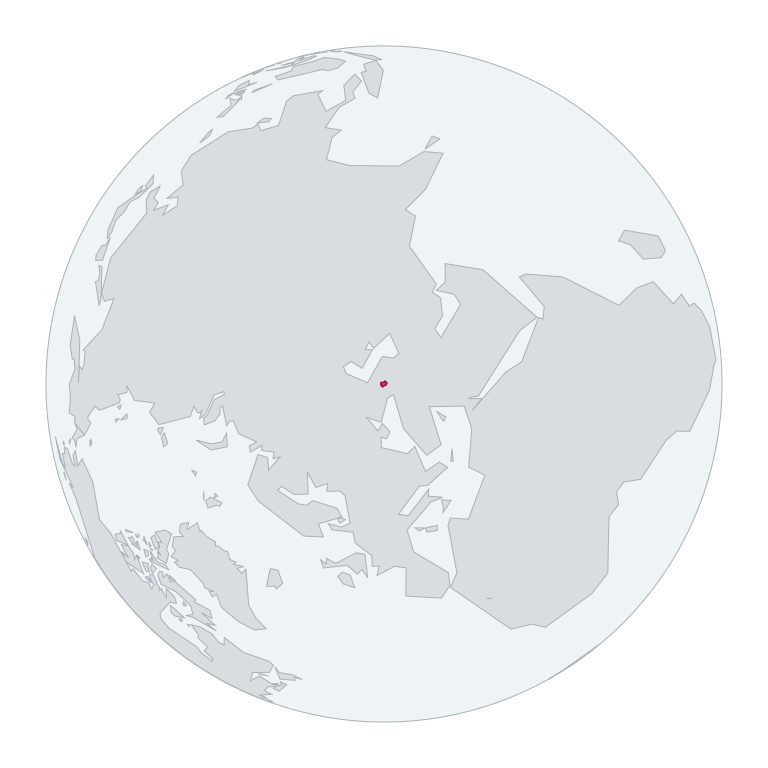 globe centered on Mtskheta-Mtianeti, rotated 244°
{"feature_id": "GEO-3034", "entity_name": "Mtskheta-Mtianeti", "entity_type": "Region", "adm_level": 1, "iso_a3": "GEO", "parent_name": "Georgia", "parent_adm1": "", "projection": "orthographic", "projection_center": [44.706, 42.223], "detail": "fine", "context": "on_globe", "style": "filled", "palette": "rose", "viewbox_px": 768, "rotation_deg": 244, "n_neighbors": 0, "source": "natural_earth", "source_scale": "10m", "svg_char_len": 11808}
<svg xmlns="http://www.w3.org/2000/svg" viewBox="0 0 768 768"><g transform="rotate(244 384 384)"><circle cx="384" cy="384" r="338" fill="#eef3f6" stroke="#a8b0b8"/><path d="M341.7,48.7L342.5,48.7L333.4,49.9L336.2,49.7L347.8,48.5L354.8,47.9L380.2,51.6L417.7,57.2L433.0,57.5L426.9,59.3L458.3,59.8L480.8,65.5L453.1,60.2L448.6,60.8L462.9,64.7L461.3,66.3L467.3,69.4L464.2,71.2L448.3,68.9L445.9,70.3L456.1,73.1L459.4,77.4L444.8,72.8L449.1,80.0L423.2,79.2L386.6,68.8L369.9,72.9L326.2,74.8L327.9,77.4L312.4,80.8L308.7,85.4L301.6,85.2L304.7,89.1L311.9,88.5L315.6,90.1L314.0,93.0L304.8,93.0L304.2,91.6L300.7,93.1L296.7,92.0L297.8,94.2L286.8,94.4L295.3,98.6L284.4,102.4L277.8,101.4L281.7,95.8L276.1,82.1L270.5,80.7L258.8,83.7L229.7,100.6L222.3,102.0L209.8,108.1L212.3,109.5L223.0,105.4L224.7,110.3L237.6,105.5L240.1,107.1L252.1,105.2L246.7,111.9L235.0,119.8L224.8,122.0L219.4,125.8L226.1,129.4L204.4,140.0L185.3,158.8L180.0,161.3L175.0,154.7L182.3,139.4L175.8,133.9L176.3,144.3L163.2,151.7L159.5,156.1L158.1,160.2L161.7,160.3L156.4,164.7L153.9,155.1L158.7,151.0L159.4,153.8L162.7,147.0L161.0,142.0L154.5,146.9L158.7,136.6L154.1,140.2L152.5,140.5L159.5,135.2L146.9,144.9L149.9,140.3L167.8,124.3L186.8,109.6L206.8,96.3L227.6,84.4L249.3,74.1L271.7,65.3L294.6,58.1L318.0,52.6L341.7,48.7ZM46.6,402.0L48.0,417.6L52.8,447.3L55.5,462.7L55.6,463.6L49.7,433.0L46.6,402.0ZM358.2,47.6L348.2,48.4L338.3,49.3L346.7,48.2L358.2,47.6ZM376.9,48.1L371.8,48.4L369.1,47.4L372.9,47.5L376.9,48.1ZM444.3,57.8L436.5,56.2L444.6,57.3L444.3,57.8ZM468.7,69.6L471.4,69.7L473.4,71.3L468.7,69.6ZM254.2,101.8L253.1,103.5L251.5,102.9L254.2,101.8ZM260.4,99.6L259.3,97.8L262.0,96.5L262.7,97.6L260.4,99.6ZM470.4,75.8L472.7,78.8L467.6,75.2L470.4,75.8ZM261.2,102.2L267.1,94.5L272.0,92.4L278.6,95.1L261.2,102.2ZM472.2,80.3L478.0,88.4L484.5,89.0L469.3,92.5L469.4,84.0L462.1,79.3L469.0,81.2L472.2,80.3ZM314.8,87.1L307.1,87.9L315.0,84.7L314.8,87.1ZM318.9,84.7L337.7,74.1L348.3,74.9L339.9,78.0L354.7,77.5L350.6,83.1L341.6,84.6L335.5,82.8L338.6,86.4L318.9,84.7ZM460.0,93.5L459.0,95.4L457.0,93.1L460.0,93.5ZM317.7,90.6L320.5,88.1L329.9,88.6L325.9,93.6L324.2,91.8L317.7,90.6ZM360.6,74.9L366.9,76.5L365.3,81.3L367.5,82.6L351.5,83.3L360.6,74.9ZM321.3,93.2L323.6,96.3L317.8,98.8L315.5,93.1L321.3,93.2ZM334.1,86.7L338.3,87.2L334.6,88.5L334.1,86.7ZM298.4,110.4L301.6,106.9L306.8,106.8L298.4,110.4ZM324.9,97.3L326.9,96.5L329.3,96.1L329.7,98.7L324.9,97.3ZM351.5,86.9L349.5,88.8L358.0,86.8L357.1,90.8L346.5,90.7L350.7,92.4L350.5,93.6L342.2,92.2L351.5,86.9ZM337.2,100.5L323.5,102.5L316.4,108.7L311.6,108.9L323.9,98.9L337.2,100.5ZM340.8,95.7L337.5,98.7L333.2,97.2L332.9,94.2L340.8,95.7ZM360.3,93.6L364.4,87.6L366.5,87.9L360.3,93.6ZM336.0,102.6L339.3,102.1L336.0,103.2L336.0,102.6ZM353.8,96.6L354.9,94.3L357.4,94.7L353.8,96.6ZM345.1,103.3L340.6,103.8L340.2,101.7L345.1,103.3ZM349.7,100.4L352.8,101.5L342.8,100.6L349.8,99.3L349.7,100.4ZM355.9,97.3L357.7,96.8L355.1,98.2L355.9,97.3ZM349.0,111.4L336.5,110.8L335.6,105.9L348.0,107.1L349.0,111.4ZM104.5,478.8L94.6,422.4L103.5,411.3L108.0,390.7L172.0,354.6L182.4,366.8L229.2,379.7L234.4,385.0L225.5,400.6L257.8,434.7L272.3,423.7L305.1,443.2L329.0,446.4L343.7,414.8L304.5,408.7L301.1,391.2L335.3,382.0L370.1,387.8L369.9,381.2L350.8,364.6L361.7,353.6L344.5,357.9L349.3,365.3L338.6,368.5L333.6,362.1L337.6,358.2L328.0,353.7L311.1,374.6L314.2,384.3L287.1,382.9L289.6,399.3L281.2,404.7L273.8,379.0L276.7,370.9L260.5,339.8L255.0,348.0L269.9,378.2L263.9,374.5L256.5,387.1L257.4,374.6L242.6,340.7L220.1,337.1L186.3,359.1L174.2,355.1L166.4,341.7L183.9,310.6L208.9,323.3L215.5,313.7L214.9,293.8L222.5,299.8L225.3,293.6L235.2,297.8L253.6,288.4L264.3,291.2L275.7,273.4L282.8,272.8L274.0,283.2L273.6,292.5L300.8,300.1L307.3,297.5L312.5,285.6L319.3,289.8L320.9,277.4L338.6,276.5L318.4,267.7L324.0,254.8L337.0,247.2L335.2,241.7L314.1,254.3L309.0,260.9L310.3,269.0L293.1,287.2L282.9,287.9L287.1,263.7L273.1,262.4L282.5,245.2L333.8,219.8L353.0,217.3L375.8,239.8L368.9,247.2L357.2,242.5L364.1,258.6L365.4,251.6L371.0,255.4L377.9,245.1L382.2,247.4L381.3,234.0L387.4,235.7L387.8,244.1L403.1,231.5L416.9,232.6L418.2,228.8L415.8,224.3L434.9,229.3L435.0,226.3L428.9,223.4L425.1,215.8L426.0,204.6L432.6,206.9L433.1,211.2L444.2,224.4L444.7,236.4L447.5,236.3L448.6,226.5L435.1,210.3L433.8,203.0L441.3,209.6L438.5,206.6L439.9,203.7L447.4,203.3L439.7,195.7L446.1,164.0L461.4,160.9L467.3,169.7L478.7,152.6L495.0,152.1L489.2,149.3L490.9,140.2L485.8,140.1L483.1,138.2L485.0,117.0L490.5,114.4L484.7,103.7L481.8,102.4L477.4,103.5L469.3,92.5L484.5,89.0L490.5,91.9L496.0,88.4L508.7,95.9L521.8,101.2L532.6,112.6L542.0,116.4L543.1,114.7L556.7,119.2L581.0,135.8L556.6,129.7L519.2,110.0L534.1,118.2L529.3,118.8L533.8,123.5L544.4,129.6L546.5,128.7L556.4,154.2L579.1,178.7L580.9,169.0L589.5,170.0L617.0,193.4L641.7,245.8L653.5,250.8L659.2,258.4L660.0,269.4L651.7,258.6L645.9,260.6L641.1,253.2L639.6,268.6L632.6,258.8L634.9,276.3L642.1,280.9L646.0,270.4L651.0,290.7L664.4,295.3L674.1,310.7L678.9,354.6L671.6,378.4L672.9,384.5L665.7,384.5L662.6,402.5L681.0,420.5L682.7,429.2L674.7,457.3L673.3,451.5L654.5,451.4L655.6,473.9L670.0,478.8L675.2,493.5L666.1,496.5L660.3,484.0L653.6,483.5L652.2,465.0L640.3,443.5L630.9,456.7L628.5,445.5L610.8,430.7L595.5,448.7L573.3,493.0L575.4,521.7L565.5,538.3L540.6,506.3L531.4,479.7L521.2,485.9L496.7,467.2L450.9,474.9L445.4,467.7L436.6,472.6L419.4,466.4L411.5,453.8L400.7,455.4L422.1,488.0L433.9,486.3L445.2,472.0L448.8,483.7L465.4,491.8L443.2,523.1L377.0,550.8L372.4,529.1L331.8,463.6L334.1,456.4L334.0,455.5L333.7,454.0L328.0,465.5L321.7,451.9L341.3,498.8L343.7,517.6L376.0,552.0L372.5,555.3L383.5,562.0L420.9,552.6L420.7,559.6L401.8,591.7L351.7,629.7L359.5,653.2L357.9,670.9L329.2,679.2L334.4,690.8L320.0,692.6L320.9,698.0L310.9,701.5L293.1,701.9L260.0,692.9L255.7,688.4L235.9,673.9L207.4,638.1L213.4,626.4L209.6,612.8L185.9,572.8L190.9,556.5L185.1,545.8L172.8,541.9L166.4,528.6L159.2,524.4L116.0,502.3L104.5,478.8ZM146.4,381.9L143.8,387.8L146.4,381.9ZM405.0,410.8L427.1,411.3L420.5,390.2L428.5,388.9L423.3,382.5L419.9,388.7L407.7,371.1L418.5,364.4L417.5,355.1L410.0,354.6L392.3,369.8L409.6,394.7L403.1,403.6L405.0,410.8ZM163.4,152.2L163.4,153.1L161.0,157.6L160.1,156.4L163.4,152.2ZM162.6,174.3L154.2,180.9L159.6,175.0L156.6,174.1L164.3,161.2L177.8,161.9L170.3,163.6L162.6,174.3ZM178.3,145.1L171.9,152.6L178.4,144.5L178.3,145.1ZM231.2,258.1L233.1,264.1L227.1,269.9L213.6,268.4L222.1,259.8L231.2,258.1ZM237.2,271.5L245.1,249.1L253.9,249.9L247.6,253.1L252.6,255.8L243.9,261.9L244.4,285.3L239.2,292.2L217.0,284.4L227.1,282.9L224.7,276.8L237.2,271.5ZM250.1,197.5L253.7,189.6L268.0,201.0L263.1,207.1L249.2,205.5L247.0,197.4L250.1,197.5ZM271.7,109.4L272.1,107.1L274.7,106.9L276.4,108.7L271.7,109.4ZM299.5,108.8L272.4,120.3L271.5,117.9L256.7,128.5L248.7,126.6L258.5,119.6L241.2,126.5L246.9,119.5L235.4,125.1L258.3,109.9L262.7,104.5L260.8,111.1L268.1,112.9L272.6,112.0L288.6,105.9L301.7,95.9L311.0,96.8L314.1,100.0L312.4,102.5L306.9,101.0L308.5,105.5L299.2,105.4L299.5,108.8ZM345.1,147.7L339.4,143.2L341.1,155.4L331.9,154.0L332.6,155.5L324.5,157.7L316.1,163.3L312.4,161.6L310.7,164.5L305.3,166.4L301.7,170.0L293.8,168.5L288.8,172.9L287.9,169.7L281.4,177.9L282.7,171.2L275.9,173.4L278.2,178.7L244.3,165.4L229.1,166.2L215.6,170.9L219.7,159.7L234.8,148.7L254.5,140.0L268.6,141.4L267.8,136.5L274.4,135.9L272.2,140.0L279.4,133.4L284.2,134.1L301.8,128.7L309.2,119.6L315.8,117.7L315.3,121.6L322.2,117.1L325.7,123.5L330.5,122.4L338.8,128.0L335.0,136.8L340.7,135.1L347.2,139.7L345.1,147.7ZM351.1,113.1L348.7,123.1L342.4,127.5L330.7,116.0L325.8,116.1L318.1,109.7L327.3,103.7L328.7,106.0L332.2,106.9L327.9,108.4L333.9,107.9L336.0,111.2L341.2,111.8L339.0,114.8L351.1,113.1ZM242.6,380.8L247.1,383.2L254.6,384.9L250.0,393.2L242.6,380.8ZM232.0,357.8L236.4,358.2L233.6,370.1L229.0,367.9L232.0,357.8ZM241.2,348.8L236.8,357.3L236.4,351.4L241.2,348.8ZM278.3,283.2L283.2,283.3L282.8,286.3L279.0,289.8L278.3,283.2ZM348.3,186.3L346.0,182.4L348.1,181.2L349.8,171.5L356.8,172.3L358.5,178.4L348.3,186.3ZM335.7,419.7L327.5,425.1L324.4,421.5L327.9,420.3L335.7,419.7ZM285.6,410.1L296.0,416.8L284.3,412.3L285.6,410.1ZM356.2,185.4L356.1,181.3L359.7,184.3L356.2,185.4ZM362.1,172.4L366.6,175.0L357.9,171.2L362.1,172.4ZM416.8,667.7L396.8,695.3L380.4,695.5L376.1,688.4L382.5,671.9L401.1,666.5L409.9,657.6L416.8,667.7ZM704.7,486.3L707.0,481.2L706.7,482.5L704.7,486.3ZM702.6,488.8L705.8,482.2L701.5,492.5L702.6,488.8ZM706.9,479.6L710.1,470.2L711.5,465.2L710.8,468.1L706.9,479.6ZM700.1,493.6L683.8,518.0L676.5,524.3L679.0,518.0L690.9,503.8L700.1,493.6ZM678.3,518.6L666.1,520.8L643.9,503.6L652.0,497.9L674.1,500.1L672.8,505.0L680.3,505.9L678.3,518.6ZM705.0,461.2L703.6,473.6L695.3,486.4L691.1,490.8L688.3,480.9L690.0,471.3L693.6,466.6L703.8,421.9L708.1,420.9L706.0,437.7L709.3,441.5L705.0,461.2ZM577.1,523.6L585.7,536.1L579.8,541.5L577.1,523.6ZM704.9,396.0L702.8,415.3L703.7,393.0L704.9,396.0ZM703.6,377.5L705.2,382.7L702.3,380.6L703.6,377.5ZM675.6,392.6L671.9,399.1L670.3,395.2L674.1,384.6L675.6,392.6ZM681.4,324.0L686.9,336.0L688.1,341.2L683.8,336.5L681.4,324.0ZM416.0,190.5L405.8,202.7L403.0,213.1L408.8,220.9L396.3,215.6L400.5,199.6L416.0,190.5ZM441.7,166.7L436.6,160.7L441.7,160.4L443.5,161.7L441.7,166.7ZM436.7,165.2L425.1,163.5L424.1,158.3L433.4,160.6L436.7,165.2ZM390.5,173.5L386.9,176.9L384.1,174.3L390.5,173.5ZM714.8,452.9L710.2,472.1L714.4,454.9L715.3,450.7L714.8,452.9ZM721.1,407.2L721.2,405.8L721.1,407.2ZM721.6,399.3L721.0,404.7L721.9,390.3L721.6,399.3ZM718.4,428.1L718.0,431.4L717.5,432.2L718.4,428.1ZM719.3,422.4L720.4,416.1L718.9,425.7L719.3,422.4ZM711.1,439.9L712.1,444.2L715.3,431.4L712.8,444.1L714.0,449.7L712.8,455.9L711.9,449.3L710.0,463.8L708.4,467.3L708.5,458.5L710.6,441.6L712.1,432.5L717.2,415.1L711.1,439.9ZM719.6,414.1L719.1,408.5L719.3,401.3L720.0,402.9L719.6,414.1ZM715.9,396.2L712.5,393.2L710.9,402.5L712.7,377.7L715.9,384.7L715.9,396.2ZM710.7,380.9L709.4,389.6L709.8,376.3L710.7,380.9ZM708.2,387.8L706.4,381.7L708.3,378.4L708.2,387.8ZM711.7,378.4L709.4,366.2L711.6,370.6L711.7,378.4ZM701.6,368.8L708.2,370.6L702.2,377.7L694.9,356.6L696.9,351.2L701.6,368.8ZM668.2,254.4L663.8,249.7L663.7,243.7L666.7,248.6L668.2,254.4ZM659.0,222.0L662.2,240.7L663.9,256.7L666.6,256.1L672.9,268.6L665.2,264.1L659.2,245.7L659.0,235.5L652.6,226.0L648.6,214.5L639.7,205.7L635.8,198.8L643.9,203.9L659.0,222.0ZM635.8,202.4L618.7,185.3L621.4,179.1L625.7,181.4L632.4,191.7L630.6,194.3L635.8,202.4ZM615.4,179.5L613.5,182.1L584.4,166.9L579.0,162.3L602.5,169.5L601.9,172.5L608.6,177.6L615.4,179.5ZM462.7,96.1L459.4,95.5L462.1,94.6L462.7,96.1ZM480.3,138.4L477.2,135.5L480.4,134.3L480.3,138.4ZM470.2,127.3L468.8,130.6L467.6,126.1L470.2,127.3ZM465.9,138.5L466.9,131.5L469.9,139.7L465.9,138.5Z" fill="#d9dde1" stroke="#a8b0b8" stroke-width="1"/><path d="M384.7,380.8L384.9,380.9L385.3,381.2L385.5,381.3L385.6,381.2L385.8,381.2L386.1,381.3L386.5,381.8L386.6,382.0L386.4,382.2L386.4,382.5L386.3,382.8L386.2,382.9L386.2,383.0L386.3,383.3L386.2,383.5L385.9,383.7L385.8,383.8L385.7,384.1L385.6,384.6L385.6,384.9L385.6,385.1L385.7,385.3L385.6,385.6L385.9,385.7L386.1,385.7L386.2,385.9L385.9,386.0L385.6,385.8L385.4,386.0L385.5,386.1L385.6,386.3L385.4,386.3L385.1,386.2L385.0,386.3L384.9,386.5L384.6,386.5L384.4,386.5L384.2,386.7L384.0,386.9L383.9,387.0L383.7,387.2L383.2,386.8L383.0,386.6L383.1,386.3L383.2,386.2L383.4,386.2L383.3,385.8L383.2,385.7L383.1,385.3L382.9,385.2L382.6,385.1L382.3,385.2L382.3,385.3L382.2,385.3L382.2,385.2L382.1,384.9L382.1,384.6L382.2,384.3L382.3,384.2L382.5,383.9L382.5,383.7L382.4,383.6L382.4,383.4L382.4,383.2L382.3,382.9L382.2,382.8L382.2,382.6L382.4,382.4L382.2,382.2L381.9,381.9L381.8,381.6L381.7,381.6L381.8,381.6L382.0,381.3L382.1,381.2L382.5,381.2L383.0,380.9L383.4,380.9L383.5,380.9L383.7,381.0L383.9,381.0L384.0,381.1L384.1,381.3L384.2,381.7L384.3,381.7L384.4,381.4L384.5,381.1L384.7,380.8Z" fill="#f43f5e" stroke="#9f1239" stroke-width="1.5"/></g></svg>